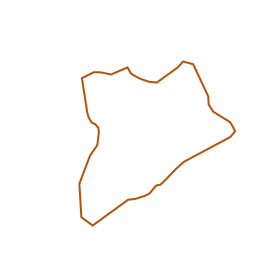 Celje, orthographic projection, rotated 234°
{"feature_id": "SVN-941", "entity_name": "Celje", "entity_type": "Municipality", "adm_level": 1, "iso_a3": "SVN", "parent_name": "Slovenia", "parent_adm1": "", "projection": "orthographic", "projection_center": [15.275, 46.255], "detail": "fine", "context": "isolated", "style": "outline", "palette": "amber", "viewbox_px": 256, "rotation_deg": 234, "n_neighbors": 0, "source": "natural_earth", "source_scale": "10m", "svg_char_len": 643}
<svg xmlns="http://www.w3.org/2000/svg" viewBox="0 0 256 256"><g transform="rotate(234 128 128)"><path d="M69.9,42.1L83.2,37.8L111.5,55.9L127.9,80.9L132.2,93.1L141.4,101.7L145.5,104.1L150.4,103.7L153.8,101.8L159.9,102.4L164.4,104.1L195.4,120.0L193.2,133.3L188.8,138.9L181.3,145.7L177.3,163.2L170.6,162.4L166.3,164.0L160.6,166.9L153.4,171.9L147.8,178.0L147.8,204.0L149.4,211.6L141.3,218.2L106.4,211.5L99.5,207.0L91.1,206.5L72.6,214.1L65.6,213.3L62.3,212.5L60.6,205.4L67.8,153.4L66.7,142.9L63.7,126.0L63.1,120.8L64.6,117.8L64.8,116.1L62.3,106.8L63.3,101.5L66.5,91.9L69.9,86.0L69.9,42.1Z" fill="none" stroke="#b45309" stroke-width="2"/></g></svg>